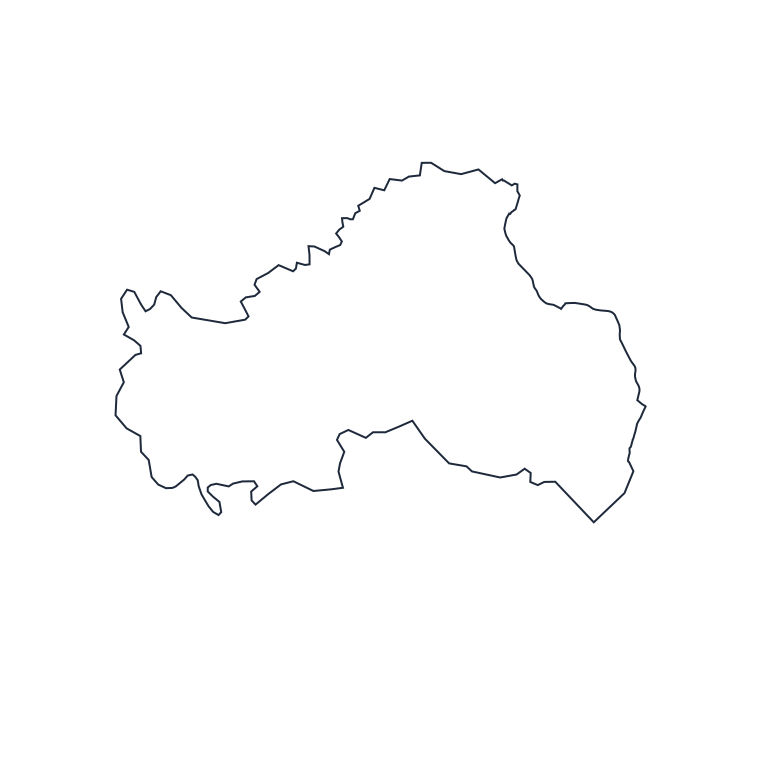 the district of Santa Clara de Olimar, Treinta y Tres, Uruguay, rotated 137°
{"feature_id": "84410073B4771641932521", "entity_name": "Santa Clara de Olimar", "entity_type": "district", "adm_level": 2, "iso_a3": "URY", "parent_name": "Uruguay", "parent_adm1": "Treinta y Tres", "projection": "equal_earth", "projection_center": [-54.951, -33.024], "detail": "fine", "context": "isolated", "style": "outline", "palette": "slate", "viewbox_px": 768, "rotation_deg": 137, "n_neighbors": 0, "source": "geoboundaries", "source_scale": "gbopen_adm2", "svg_char_len": 4234}
<svg xmlns="http://www.w3.org/2000/svg" viewBox="0 0 768 768"><g transform="rotate(137 384 384)"><path d="M210.9,335.5L211.0,336.8L211.2,338.5L211.2,339.4L211.1,340.3L210.8,342.4L210.4,343.8L209.3,346.7L208.8,348.0L208.7,348.7L208.6,349.4L208.4,351.2L208.3,351.7L208.1,352.3L207.9,352.9L207.6,353.5L204.8,358.1L204.4,358.9L204.0,359.8L203.9,360.5L203.7,361.2L203.3,364.4L203.4,369.7L203.6,379.9L203.6,380.4L203.5,380.9L202.8,383.6L202.6,384.0L202.4,384.6L202.1,385.1L200.9,387.1L198.8,390.4L195.6,395.2L195.3,395.7L195.1,396.1L195.0,396.6L195.0,397.3L195.0,398.3L195.1,399.3L195.1,400.4L195.2,401.0L195.1,401.5L195.0,402.3L194.9,403.1L194.6,404.6L194.2,406.1L193.7,408.4L193.6,408.8L193.5,409.1L192.2,411.8L190.5,414.8L190.2,415.3L190.0,415.6L189.7,415.8L186.6,418.1L182.3,421.1L180.8,421.9L179.0,422.4L176.4,423.2L176.4,422.7L176.2,422.5L175.9,422.4L175.5,422.4L175.1,422.4L174.7,422.6L174.2,422.7L173.5,422.8L173.0,422.7L172.0,422.5L171.4,422.4L171.0,422.4L170.5,422.5L169.8,422.3L169.0,422.1L168.3,422.2L167.3,422.8L165.8,423.7L164.7,424.3L163.5,425.0L162.1,425.8L160.7,426.7L159.0,427.7L157.1,428.8L156.2,429.2L155.3,432.6L155.0,434.0L154.1,435.0L152.4,436.8L150.3,439.0L150.9,440.0L151.8,441.4L153.5,441.7L155.1,442.1L156.2,446.2L157.6,451.2L158.3,451.6L158.0,453.2L165.8,455.1L168.6,476.5L184.5,484.9L194.7,498.6L198.7,513.7L205.6,520.0L215.5,512.1L224.3,518.7L232.1,520.5L240.1,530.0L251.7,525.5L257.2,534.0L268.3,529.2L281.3,531.9L283.6,527.2L288.5,528.5L294.4,525.7L296.3,527.4L297.7,530.3L301.6,533.9L304.0,530.8L306.5,526.8L311.5,527.4L316.4,526.7L316.7,522.6L317.6,517.0L321.2,515.5L326.1,517.3L332.0,519.2L335.7,516.5L336.8,521.6L341.1,532.0L345.2,536.3L350.3,529.4L356.8,522.3L360.6,524.9L365.0,532.1L369.7,528.5L373.6,528.4L380.0,542.8L393.1,544.2L405.6,547.6L411.0,544.9L412.1,536.2L418.4,536.5L426.0,541.6L432.5,542.0L434.8,533.4L437.0,525.8L441.6,525.7L458.7,536.8L479.3,563.8L480.2,577.9L479.3,594.3L484.1,604.1L491.3,602.9L497.9,598.8L503.9,598.4L508.8,599.8L507.5,607.6L503.8,621.7L507.6,628.2L518.2,625.6L526.2,614.7L531.8,599.8L540.5,597.6L537.0,586.5L536.1,578.0L540.7,572.1L545.9,574.8L567.4,574.8L573.1,562.7L587.8,557.7L601.7,544.2L602.5,527.1L597.7,512.1L607.9,500.2L607.9,488.9L617.4,474.4L617.7,464.4L614.5,456.5L609.6,452.3L606.2,451.1L595.3,450.4L590.0,450.9L585.7,448.4L585.3,444.7L585.9,440.6L589.2,435.7L592.7,427.8L594.1,421.7L595.7,414.1L596.2,407.0L594.4,401.0L590.4,401.3L586.6,407.2L584.8,409.9L585.9,418.4L586.2,425.6L583.5,428.5L579.7,428.3L574.7,425.4L567.4,415.0L562.3,414.1L554.1,409.4L545.4,401.5L546.4,395.6L554.5,395.9L560.2,389.2L560.2,383.4L543.4,382.4L527.8,380.8L516.6,374.7L508.6,353.9L494.2,342.8L484.8,336.1L477.0,351.0L470.2,356.0L459.3,361.5L456.5,375.2L450.6,377.6L441.4,374.7L434.0,357.0L425.0,356.2L416.0,347.8L401.8,342.5L388.3,337.8L391.4,316.1L390.5,281.5L379.8,267.5L379.3,260.1L362.8,236.4L348.8,227.4L338.9,226.1L337.4,218.9L343.8,212.6L340.5,205.2L333.6,203.1L325.4,195.7L324.9,139.8L282.5,140.2L261.1,150.1L258.1,159.5L258.0,159.9L258.2,160.4L258.2,160.6L258.2,160.9L257.9,161.4L257.0,162.2L256.5,162.7L254.8,163.8L253.7,164.6L252.4,165.3L252.1,165.5L251.4,166.0L250.8,166.5L250.2,167.4L249.3,168.5L248.7,169.2L248.3,169.5L247.3,169.7L246.5,169.7L245.9,170.0L244.8,170.6L243.0,171.8L241.6,172.7L240.8,173.0L240.3,173.5L239.9,173.8L239.4,173.9L238.7,174.1L238.0,174.6L235.4,176.2L232.3,178.0L229.1,180.2L228.3,180.7L227.8,181.0L227.3,181.5L226.9,181.7L226.4,182.0L225.6,182.5L224.0,183.0L222.9,183.4L221.4,183.8L220.5,184.1L219.7,184.2L218.5,184.7L213.4,187.0L208.0,189.1L207.9,189.5L209.0,193.2L209.7,198.7L209.8,199.4L202.1,204.5L200.4,206.3L199.1,208.8L197.7,214.4L195.4,218.2L193.7,220.0L190.5,222.6L189.3,224.2L188.5,226.0L187.7,232.5L184.9,242.7L182.4,250.7L181.0,255.7L177.9,259.4L174.6,262.5L171.8,266.5L170.0,271.4L168.0,277.3L168.1,279.5L168.5,281.4L169.6,283.5L171.3,285.6L175.4,290.1L178.2,293.6L179.8,296.2L180.8,301.1L181.6,303.3L182.9,305.2L185.7,308.8L189.2,313.2L192.5,316.1L196.3,319.3L197.5,318.9L199.6,318.8L203.3,318.2L203.3,318.4L203.3,318.6L203.3,318.9L203.4,319.1L205.7,325.5L206.2,326.5L207.2,327.8L208.7,329.7L209.5,330.9L210.1,331.9L210.4,332.8L210.6,333.7L210.8,334.5L210.9,335.5Z" fill="none" stroke="#1e293b" stroke-width="2"/></g></svg>